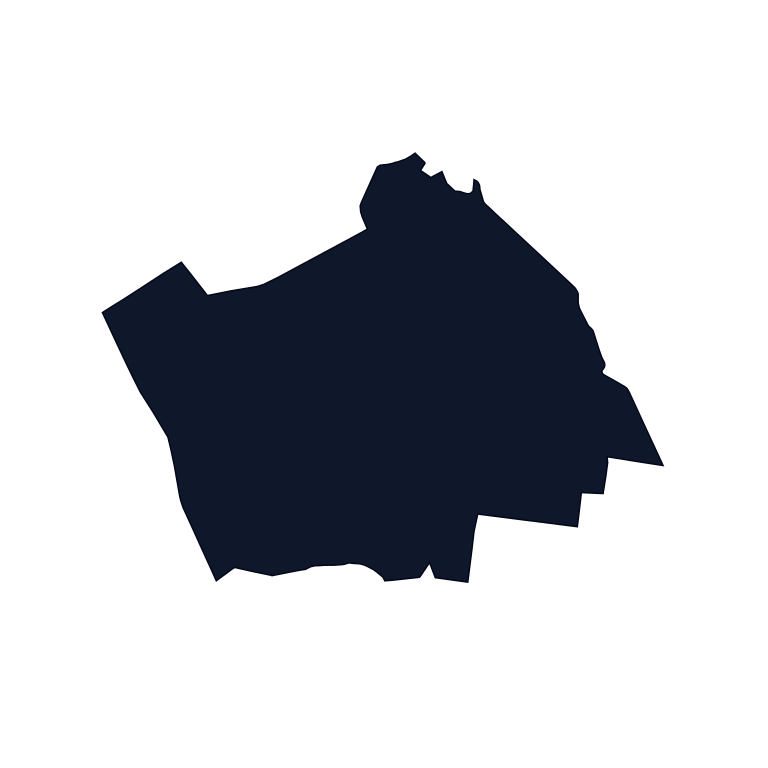 Maldaeni, Teleorman, Romania, rotated 284°
{"feature_id": "2599482B94583285003056", "entity_name": "Maldaeni", "entity_type": "district", "adm_level": 2, "iso_a3": "ROU", "parent_name": "Romania", "parent_adm1": "Teleorman", "projection": "orthographic", "projection_center": [24.922, 44.112], "detail": "fine", "context": "isolated", "style": "filled", "palette": "ink", "viewbox_px": 768, "rotation_deg": 284, "n_neighbors": 0, "source": "geoboundaries", "source_scale": "gbopen_adm2", "svg_char_len": 2978}
<svg xmlns="http://www.w3.org/2000/svg" viewBox="0 0 768 768"><g transform="rotate(284 384 384)"><path d="M208.5,480.6L212.0,513.2L213.8,513.0L245.8,509.2L262.8,507.0L280.5,506.4L280.5,506.5L286.2,554.9L292.3,606.1L302.8,604.8L326.4,601.8L330.7,623.1L332.4,622.9L335.0,622.7L348.8,621.5L362.0,620.0L367.4,618.0L370.6,654.7L372.4,674.5L375.3,672.2L408.8,645.2L434.8,624.4L437.6,621.8L438.6,620.6L439.0,619.8L439.6,618.4L441.4,612.2L443.4,605.2L443.5,604.9L445.0,599.3L446.0,595.6L446.1,595.2L446.5,594.2L446.8,593.8L446.9,593.7L447.0,593.5L447.8,592.9L448.4,592.6L449.1,592.4L449.8,592.4L450.5,592.6L451.9,593.2L452.7,593.5L453.5,593.7L454.4,593.8L455.6,593.7L456.6,593.4L457.2,593.2L458.0,592.7L458.6,592.3L461.1,590.1L461.3,589.9L461.8,589.4L466.2,586.4L468.6,584.8L485.9,574.2L486.6,573.5L487.1,573.0L488.1,571.5L489.4,568.9L489.6,568.7L490.3,567.9L491.0,567.2L503.3,556.5L504.3,555.7L505.8,554.7L507.5,553.9L508.4,553.4L509.1,553.1L510.5,552.6L511.6,552.3L517.7,550.8L518.7,550.5L519.4,550.0L520.6,549.1L522.4,547.3L523.5,546.0L524.3,544.7L526.7,540.5L526.8,540.3L540.8,515.1L561.8,477.1L563.4,474.2L564.1,472.9L565.8,469.9L568.1,465.7L570.4,461.6L573.1,456.6L575.8,451.7L576.8,449.9L577.4,448.9L581.6,441.4L581.7,441.1L582.9,439.0L583.6,437.9L584.3,437.1L585.1,436.4L586.0,435.8L594.7,430.8L595.8,430.1L598.7,429.1L599.5,428.8L600.2,428.4L600.7,428.0L601.0,427.8L601.2,427.6L601.9,426.9L602.7,426.1L603.0,425.5L603.3,425.0L603.6,423.8L604.0,421.9L600.3,422.6L592.7,423.7L589.8,421.7L588.9,419.5L588.7,416.9L589.1,410.9L588.3,406.2L593.8,396.3L604.1,388.8L603.4,388.1L602.8,387.3L602.1,386.6L601.4,385.9L600.8,385.2L600.2,384.5L599.6,383.8L599.2,383.4L598.5,382.6L597.8,381.8L597.2,381.1L596.5,380.4L595.9,379.7L595.3,379.1L596.1,378.4L599.2,370.0L599.9,367.7L608.1,370.4L608.7,369.9L609.3,369.3L609.9,368.0L614.1,360.7L615.5,358.3L612.1,355.4L611.4,354.7L608.8,352.0L607.4,350.6L606.5,349.2L602.6,343.3L602.2,342.2L601.1,340.2L600.6,339.8L598.2,335.0L597.5,333.3L596.4,330.1L595.2,327.1L592.9,325.0L554.6,318.1L551.0,317.8L545.4,319.7L540.8,322.5L530.3,330.4L526.5,326.5L462.0,255.6L451.5,243.2L447.9,237.3L437.2,212.7L427.1,191.3L438.7,176.5L443.8,170.0L449.6,162.4L453.1,157.9L438.1,143.3L417.6,124.3L403.4,111.0L392.7,100.6L385.2,93.5L360.2,113.7L341.2,129.2L328.5,139.8L316.8,149.9L315.9,150.9L300.3,167.3L280.2,187.2L268.1,193.5L253.0,200.8L225.5,213.0L221.7,215.0L215.5,218.9L207.5,225.3L199.5,231.7L171.7,253.7L161.8,261.6L152.5,268.9L154.9,270.8L157.9,273.3L162.3,277.0L168.1,281.7L169.9,283.6L170.3,301.8L171.1,320.9L170.9,321.6L174.3,328.8L177.6,335.8L183.1,347.6L185.2,352.8L186.0,353.5L189.0,357.1L191.2,361.5L191.6,363.4L193.7,370.0L195.2,375.7L196.2,379.6L198.6,387.0L199.3,388.8L202.0,393.4L202.4,397.1L203.7,404.0L203.6,408.4L203.0,412.0L201.3,418.9L199.1,424.0L196.2,429.9L193.2,432.4L195.8,440.1L202.0,456.9L204.9,464.9L205.8,465.6L221.7,471.4L220.8,472.1L219.5,473.0L209.0,480.3L208.5,480.6Z" fill="#0f172a" stroke="#020617" stroke-width="1.5"/></g></svg>